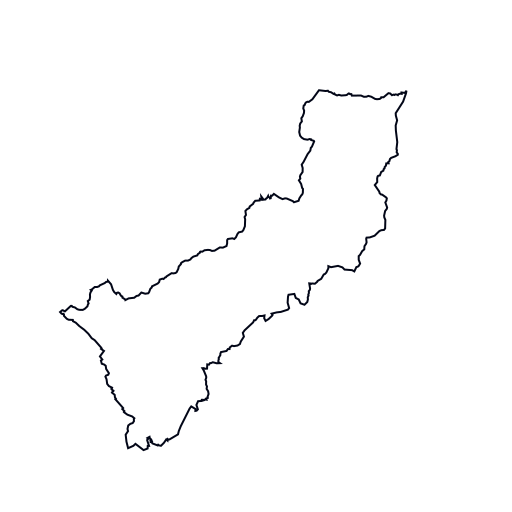 Barbatesti, Vâlcea, Romania, rotated 50°
{"feature_id": "2599482B91105393466893", "entity_name": "Barbatesti", "entity_type": "district", "adm_level": 2, "iso_a3": "ROU", "parent_name": "Romania", "parent_adm1": "Vâlcea", "projection": "mercator", "projection_center": [24.104, 45.179], "detail": "fine", "context": "isolated", "style": "outline", "palette": "ink", "viewbox_px": 512, "rotation_deg": 50, "n_neighbors": 0, "source": "geoboundaries", "source_scale": "gbopen_adm2", "svg_char_len": 6102}
<svg xmlns="http://www.w3.org/2000/svg" viewBox="0 0 512 512"><g transform="rotate(50 256 256)"><path d="M321.0,477.5L322.6,471.9L322.4,469.1L332.4,466.9L333.8,462.8L331.9,461.0L332.7,460.0L327.2,457.8L326.8,457.3L326.8,456.1L325.6,456.2L326.1,453.8L327.3,454.5L328.4,454.3L329.3,455.3L329.7,454.4L331.3,454.9L331.2,455.5L330.8,455.5L331.0,456.0L331.3,455.6L333.0,455.8L337.9,453.1L337.7,452.3L338.5,452.2L340.3,450.8L339.9,446.5L338.8,442.6L340.6,442.4L339.7,441.3L340.3,441.2L340.9,440.2L342.5,430.4L340.5,427.7L338.0,423.0L330.2,404.9L329.6,402.3L334.3,400.7L335.7,402.0L336.3,400.9L336.1,399.1L331.8,397.4L330.0,393.7L331.9,391.1L331.4,390.2L332.5,389.8L332.1,389.0L333.2,388.2L333.2,387.2L334.2,386.3L333.1,385.9L333.7,384.1L332.8,383.7L331.2,381.0L328.8,379.6L326.0,379.2L324.4,377.4L322.4,376.9L319.9,374.7L318.4,374.3L317.3,372.4L316.1,371.5L310.1,369.6L307.5,369.2L308.3,368.1L309.8,367.3L310.8,365.9L307.7,363.0L309.0,361.9L308.5,360.0L309.2,359.2L309.6,357.4L313.0,355.0L314.9,352.5L313.0,353.0L311.7,351.8L311.1,350.7L310.1,350.2L309.0,347.0L308.0,346.2L307.1,344.6L309.8,339.6L309.2,337.4L310.3,336.1L309.2,334.9L309.3,332.0L310.9,330.8L312.7,327.7L313.1,324.9L311.7,322.6L310.0,317.1L306.4,315.5L305.6,312.5L305.0,300.9L304.0,298.7L304.7,298.0L304.8,297.1L304.1,294.6L304.0,292.2L305.9,289.9L307.0,287.7L308.9,289.7L311.9,290.4L312.4,286.9L312.1,282.1L311.8,281.2L310.2,281.1L312.5,276.4L314.8,272.9L317.6,266.0L317.2,264.1L312.1,261.8L307.7,257.6L306.6,256.0L309.7,251.0L313.7,252.5L316.8,251.2L320.9,252.3L324.5,250.2L324.2,246.3L322.6,244.1L320.9,242.9L320.1,241.2L319.4,241.0L318.3,239.2L316.9,238.2L316.5,236.4L315.7,235.5L311.2,232.8L312.1,231.9L312.8,231.8L313.0,230.8L315.1,228.7L315.1,225.7L314.7,224.9L315.4,220.7L313.7,216.0L314.1,214.7L313.9,212.8L311.9,208.4L310.3,207.1L312.8,205.7L316.3,199.5L320.3,197.1L323.3,196.9L328.6,191.5L331.0,190.6L329.0,186.2L329.6,184.9L329.6,183.6L328.7,181.1L325.0,179.8L322.1,177.4L322.0,175.6L320.5,171.5L320.5,168.8L318.2,166.6L317.4,163.8L316.6,162.5L313.6,160.5L313.0,159.5L314.9,156.9L316.7,152.1L316.2,145.4L316.8,143.4L318.3,141.2L317.9,139.4L311.5,133.7L308.9,132.9L307.4,131.9L304.5,128.1L304.0,125.6L303.2,124.4L298.1,122.5L297.4,120.5L295.9,118.7L294.6,118.7L290.1,119.9L289.2,120.7L287.3,120.9L285.9,120.2L278.0,119.4L277.3,115.6L274.5,113.4L273.2,111.7L273.1,110.9L273.9,109.3L272.1,106.1L272.5,103.6L271.5,102.3L271.5,101.2L270.6,100.3L270.3,98.4L268.8,96.7L270.2,94.9L269.1,94.5L269.1,92.9L267.8,91.0L267.7,89.4L269.2,85.1L269.6,82.3L268.9,81.7L267.0,81.6L265.5,80.0L264.4,79.7L259.6,74.6L249.8,68.2L245.8,65.1L242.8,60.7L238.3,58.6L236.4,57.2L232.3,44.1L227.8,36.5L226.1,34.5L226.7,37.2L224.3,39.4L225.4,40.2L224.4,41.0L223.7,42.8L224.0,43.9L223.2,44.1L221.7,45.5L221.6,46.5L220.7,47.0L220.2,48.5L217.8,48.7L216.4,49.9L216.4,56.2L214.9,58.0L215.3,58.6L215.2,60.3L213.7,62.5L212.2,63.8L208.1,65.3L205.6,67.0L204.9,69.1L203.4,71.0L200.6,72.4L194.7,79.5L193.3,78.9L192.3,80.0L191.7,80.0L191.0,80.6L191.0,82.9L190.5,83.9L187.9,87.5L185.8,88.9L185.1,90.7L183.0,91.7L181.9,91.5L181.7,92.4L178.9,93.2L176.9,94.7L175.6,94.7L174.4,96.6L169.5,101.2L172.2,112.1L171.9,116.5L170.9,117.4L170.5,118.8L170.7,120.1L171.6,121.6L171.4,122.7L173.3,124.9L175.6,125.7L177.3,127.4L179.0,130.4L179.6,132.7L182.4,134.4L182.9,136.9L184.3,138.8L185.9,139.9L188.8,143.2L192.2,144.9L194.7,144.9L197.3,144.1L200.0,141.8L200.9,139.7L202.1,138.8L202.6,139.2L204.9,137.7L205.6,137.8L208.2,142.9L208.4,144.5L210.2,146.7L211.1,150.9L214.5,159.1L215.4,162.3L218.6,163.7L221.6,166.3L222.6,170.1L223.5,171.4L225.2,172.3L225.6,174.5L229.8,175.1L233.5,176.9L234.8,176.9L237.7,179.5L238.6,181.1L238.6,182.2L239.7,185.7L241.1,187.9L239.2,192.4L237.7,192.5L231.7,195.5L230.5,196.7L229.5,199.1L226.0,200.7L219.9,202.4L220.2,204.8L219.4,205.7L221.2,207.6L220.9,208.3L219.9,207.9L218.7,208.5L217.8,208.1L218.6,210.1L218.5,211.5L218.8,212.4L217.4,214.5L216.9,213.9L213.8,213.7L215.4,214.8L216.0,215.9L214.8,216.4L215.8,217.5L213.2,221.1L213.6,223.6L214.2,224.6L214.0,229.0L214.9,230.2L214.4,232.9L214.7,235.2L218.1,237.3L218.8,239.7L220.9,240.7L226.1,245.4L228.0,249.0L228.4,250.9L226.8,254.0L227.2,256.0L228.8,259.4L229.0,261.7L227.3,262.7L224.9,266.6L225.3,267.9L227.8,270.0L229.4,272.2L228.3,276.0L226.2,278.2L225.3,284.3L223.8,286.5L221.9,287.4L220.4,288.9L218.5,291.8L218.2,294.3L216.9,295.7L216.9,296.3L217.4,296.8L217.2,299.3L217.8,300.6L216.2,304.4L216.1,306.9L216.5,308.5L215.8,311.1L214.0,313.2L213.3,316.5L213.3,318.2L214.0,318.8L214.4,321.9L215.9,323.8L217.4,327.2L217.3,328.6L216.2,330.5L214.9,331.7L214.1,337.7L214.4,338.6L214.0,339.5L214.2,341.6L213.2,342.3L212.2,344.9L213.7,347.0L213.9,349.0L212.4,355.2L213.1,356.1L213.2,358.0L215.0,361.2L215.3,362.5L213.7,365.1L210.3,367.3L210.8,371.4L209.8,373.2L209.7,376.1L206.6,380.8L205.8,384.4L205.2,384.1L202.0,385.1L201.2,384.4L199.6,385.0L196.9,384.5L195.3,385.1L194.8,386.3L195.3,387.4L192.5,387.8L190.0,387.4L184.5,385.2L179.8,385.3L180.5,385.9L179.5,387.4L179.5,389.3L178.1,394.4L178.3,395.8L177.6,397.7L176.1,399.5L176.1,403.3L175.8,404.3L176.9,404.1L177.5,406.2L178.7,407.9L180.8,409.5L182.5,411.5L182.4,413.8L184.8,414.8L185.0,415.8L186.2,417.5L186.4,421.2L185.9,423.4L183.6,426.0L181.9,427.1L179.0,427.8L176.9,429.3L175.8,429.2L175.2,429.9L175.6,438.0L173.3,438.9L173.0,439.4L173.0,442.1L175.2,442.0L176.1,441.5L176.3,440.8L177.2,440.6L178.4,441.6L182.5,441.3L184.4,440.5L187.2,437.4L188.3,438.1L191.3,436.9L196.2,436.4L202.1,435.0L207.8,434.4L213.4,434.7L216.7,433.7L226.5,433.5L227.5,433.6L227.6,434.4L231.0,433.5L232.6,440.1L236.5,440.3L236.4,442.0L239.4,443.4L241.5,442.1L243.5,441.7L246.2,443.4L251.2,444.0L252.0,445.5L251.2,447.7L251.6,448.9L254.3,449.7L258.3,452.2L261.1,452.3L264.3,450.9L264.8,452.2L265.7,451.9L266.5,452.3L268.3,451.4L267.4,452.3L268.0,453.9L267.2,454.3L271.5,453.5L273.6,454.9L275.3,455.1L275.3,455.8L287.1,455.5L287.3,456.8L290.2,456.5L290.5,457.5L290.9,457.5L294.9,456.5L299.3,454.0L302.1,453.5L302.4,454.4L304.1,455.7L304.7,457.9L303.8,460.1L303.7,462.8L305.9,465.6L307.9,466.6L309.1,470.7L315.0,474.6L321.0,477.5Z" fill="none" stroke="#020617" stroke-width="2"/></g></svg>